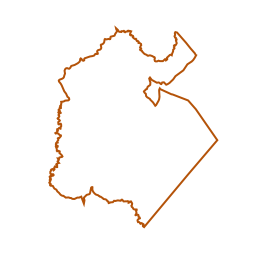 Kibwezi West, Eastern, Kenya (orthographic projection), rotated 261°
{"feature_id": "3690345B25425189689724", "entity_name": "Kibwezi West", "entity_type": "district", "adm_level": 2, "iso_a3": "KEN", "parent_name": "Kenya", "parent_adm1": "Eastern", "projection": "orthographic", "projection_center": [37.912, -2.311], "detail": "fine", "context": "isolated", "style": "outline", "palette": "amber", "viewbox_px": 256, "rotation_deg": 261, "n_neighbors": 0, "source": "geoboundaries", "source_scale": "gbopen_adm2", "svg_char_len": 5779}
<svg xmlns="http://www.w3.org/2000/svg" viewBox="0 0 256 256"><g transform="rotate(261 128 128)"><path d="M27.6,128.4L72.9,180.3L102.0,214.3L136.0,197.9L145.8,191.7L154.2,177.2L154.5,176.2L161.3,166.0L162.1,165.6L161.1,164.9L160.0,164.6L153.9,164.0L151.4,163.2L150.1,162.4L146.2,159.3L145.7,158.4L149.4,156.7L152.4,154.5L153.4,154.1L155.4,151.7L156.7,150.9L159.1,150.9L159.9,150.1L161.4,149.4L162.1,149.9L162.5,150.8L163.3,151.5L163.5,152.7L165.5,153.8L166.2,154.8L166.6,155.9L167.2,156.7L169.8,157.3L170.6,157.0L173.6,156.7L174.4,157.6L171.8,159.0L168.2,163.6L168.2,165.3L167.7,166.2L166.4,167.2L166.2,167.8L167.6,168.9L167.5,170.6L164.8,172.5L165.1,173.9L166.0,176.0L168.9,180.2L171.8,183.0L176.3,191.7L181.6,196.6L183.7,201.3L184.9,203.0L186.8,204.8L189.2,206.7L189.5,206.3L191.3,205.7L196.7,202.3L203.2,198.6L214.6,191.4L215.3,189.8L214.4,189.1L212.5,189.1L211.4,188.3L210.2,188.6L209.7,189.3L208.9,189.1L208.0,189.9L207.4,189.7L207.1,189.4L207.2,189.1L206.9,189.0L204.2,189.4L202.7,188.4L202.4,187.7L202.6,187.0L202.3,186.4L201.3,186.7L200.7,186.0L200.0,186.3L199.3,186.3L198.3,184.9L196.6,184.5L194.5,183.2L193.0,182.6L193.7,181.8L193.6,180.8L191.3,177.4L190.9,177.3L190.0,177.6L189.6,177.4L188.9,176.1L189.8,175.9L190.2,175.4L188.6,172.9L189.0,170.1L189.7,168.7L189.3,167.2L189.4,165.9L189.9,165.1L190.4,165.0L191.5,164.9L192.9,165.5L193.8,165.2L193.8,164.9L195.2,163.3L196.2,161.4L196.4,160.4L196.2,159.4L196.4,158.6L197.3,157.9L198.4,156.1L199.5,155.1L200.2,154.8L201.3,153.9L202.2,153.8L202.9,152.4L203.4,152.2L204.4,153.4L204.8,153.3L205.5,152.5L207.2,153.4L207.7,154.0L209.0,154.0L210.0,152.9L210.3,151.8L211.2,152.1L211.6,152.0L212.3,151.4L212.1,150.9L212.5,150.4L214.1,149.8L214.5,150.0L214.9,149.7L214.8,148.8L215.8,147.7L216.8,147.0L217.4,147.5L218.2,147.3L218.5,146.6L219.0,146.2L218.8,145.9L218.9,145.5L219.4,145.4L219.5,144.7L220.1,144.6L221.7,145.3L222.0,145.6L222.4,145.6L222.7,145.9L223.0,145.5L223.2,145.8L223.5,145.2L223.3,144.9L224.0,143.8L224.0,143.1L223.4,143.0L223.5,141.2L223.0,140.1L223.5,139.4L224.3,139.4L224.6,139.1L224.4,138.2L224.6,136.7L223.9,136.4L224.4,134.4L225.1,133.8L226.5,133.3L228.4,131.8L227.1,131.9L226.3,132.3L225.0,132.1L223.1,130.2L221.4,129.2L221.2,128.6L220.9,125.3L220.4,124.8L219.3,124.7L218.6,124.3L218.6,123.5L219.0,122.8L218.9,120.4L219.5,119.2L219.2,118.8L216.5,117.9L215.7,117.3L215.1,116.5L214.7,115.6L214.6,114.5L214.2,114.1L211.7,114.2L210.8,113.9L210.3,113.5L209.8,112.7L209.6,110.7L209.0,109.8L208.0,109.4L206.6,109.9L206.0,109.7L205.9,109.0L206.3,107.4L204.9,105.9L204.6,104.3L204.6,101.7L203.6,96.1L203.1,95.6L201.7,95.3L201.4,94.6L201.8,93.6L203.6,92.8L204.1,92.2L203.6,91.6L202.1,91.2L201.0,90.5L199.8,88.5L198.6,85.1L198.2,82.0L198.0,81.5L196.7,80.6L195.8,79.4L195.9,78.6L196.7,77.1L196.6,76.1L195.9,75.1L194.5,74.3L191.6,74.3L190.0,73.4L188.2,72.6L187.5,71.9L187.0,70.8L186.4,67.9L185.8,67.1L184.7,67.1L182.3,68.5L180.4,69.2L174.2,70.8L171.6,72.2L168.3,73.1L167.0,74.3L165.6,74.5L165.0,74.1L164.6,73.3L164.9,70.2L164.5,69.5L164.2,67.8L164.3,66.1L162.9,66.1L162.0,65.6L161.2,65.6L160.5,64.6L159.5,65.1L158.1,64.8L158.0,64.3L158.6,63.7L157.4,63.2L156.8,62.3L156.2,62.3L155.6,63.3L155.3,63.3L154.8,62.1L154.3,61.6L154.0,61.7L153.7,62.1L153.8,62.5L154.1,62.6L154.1,62.9L153.8,63.8L153.5,63.9L153.1,62.7L152.1,61.6L151.7,61.4L151.1,61.9L150.3,62.0L149.8,61.7L148.5,60.0L147.9,60.2L147.0,61.4L145.9,61.8L144.7,60.0L143.1,59.9L142.7,59.9L142.3,60.4L142.8,61.9L142.7,62.3L141.9,62.5L140.2,62.3L139.2,61.2L138.6,61.5L137.9,61.2L138.7,59.8L138.0,59.0L137.9,57.9L137.0,57.6L136.3,58.3L136.0,58.1L134.5,56.2L134.3,55.5L133.9,55.7L134.0,56.6L133.4,58.3L132.0,59.2L131.4,59.8L131.4,60.4L130.9,60.6L130.4,60.4L128.9,58.6L129.1,57.8L128.8,57.1L128.5,57.0L127.9,57.3L127.2,57.3L126.7,57.1L125.7,55.9L125.3,55.9L124.6,56.2L124.3,54.6L123.6,54.5L123.3,54.2L122.4,54.4L121.5,53.9L121.0,54.3L121.6,55.3L121.1,55.8L120.3,55.4L120.2,54.0L118.2,54.4L116.6,54.1L116.1,54.4L116.3,55.8L115.6,56.9L115.3,56.9L114.2,56.3L111.4,58.4L110.1,58.8L109.8,58.4L109.6,55.7L108.6,55.0L108.9,53.9L108.2,54.1L108.0,54.9L107.4,54.7L107.2,54.3L106.6,54.0L106.1,53.3L104.3,54.3L104.3,53.4L103.7,51.8L103.3,51.5L103.0,51.7L103.0,52.3L100.5,51.9L100.6,51.0L101.4,50.6L101.5,49.8L100.1,48.8L99.6,48.7L98.9,49.0L98.1,48.3L97.9,47.9L98.7,47.8L99.3,47.0L99.0,45.8L98.7,45.5L98.4,45.7L96.9,44.4L95.2,44.2L94.3,45.1L94.0,46.9L93.2,47.2L92.8,46.8L93.4,45.8L93.2,45.5L92.6,45.5L92.2,44.8L93.0,44.2L92.1,43.0L90.9,43.1L90.1,43.6L89.6,42.9L88.8,42.5L88.5,42.6L88.6,43.4L88.0,43.1L86.3,41.7L86.0,41.8L85.4,42.6L84.7,42.9L84.1,42.1L83.6,42.1L83.1,42.6L82.7,44.3L82.2,44.9L81.0,45.2L79.6,45.9L78.3,47.6L76.4,48.3L74.9,49.6L72.7,50.9L72.1,51.5L71.3,52.6L71.1,53.6L69.0,55.6L68.7,58.5L68.0,59.7L67.7,60.9L66.9,61.7L66.6,62.4L66.3,64.1L67.2,67.1L66.9,68.9L67.2,69.7L67.1,70.4L67.4,70.7L67.5,71.1L60.2,72.6L63.4,73.7L65.4,73.5L66.2,73.7L68.4,76.7L68.7,79.4L69.0,79.9L69.8,80.4L74.9,82.3L75.3,83.3L75.1,83.6L73.1,83.2L72.0,83.2L70.3,83.7L68.5,84.8L67.3,85.9L66.2,88.0L65.3,88.7L65.2,89.2L64.5,89.6L64.3,90.4L62.3,92.4L61.7,92.7L61.0,94.8L60.1,95.7L58.8,96.3L58.5,97.0L56.9,97.2L57.0,98.4L57.3,98.8L57.1,101.4L58.3,102.9L57.9,103.9L58.1,106.7L57.3,109.2L57.3,109.5L58.1,110.2L58.2,110.8L57.4,111.5L56.2,112.1L55.7,115.8L55.8,116.4L54.8,117.0L54.1,116.9L54.3,118.0L55.1,118.6L55.0,119.5L52.9,120.3L51.4,119.9L50.7,119.2L49.5,119.4L48.8,120.1L47.2,120.7L46.9,121.0L46.2,122.4L46.4,123.1L46.1,123.8L45.3,123.6L44.9,123.0L42.6,123.1L40.9,121.8L40.6,122.1L41.0,123.3L40.6,124.5L40.2,124.7L38.7,124.5L38.0,125.4L37.3,125.6L36.9,125.6L36.6,124.3L35.6,123.1L34.9,122.9L33.5,123.2L33.5,124.0L32.8,124.7L31.7,125.1L31.4,125.5L32.0,126.2L31.9,126.6L30.6,128.2L30.2,128.3L29.8,127.5L29.5,127.5L29.0,128.2L28.4,127.6L27.6,128.4Z" fill="none" stroke="#b45309" stroke-width="2"/></g></svg>